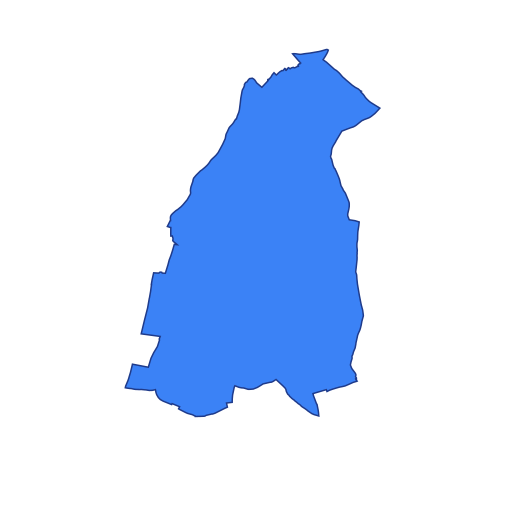 outline of Taureni, Mures, Romania, rotated 157°
{"feature_id": "2599482B94895366750216", "entity_name": "Taureni", "entity_type": "district", "adm_level": 2, "iso_a3": "ROU", "parent_name": "Romania", "parent_adm1": "Mures", "projection": "equal_earth", "projection_center": [24.072, 46.573], "detail": "fine", "context": "isolated", "style": "filled", "palette": "blue", "viewbox_px": 512, "rotation_deg": 157, "n_neighbors": 0, "source": "geoboundaries", "source_scale": "gbopen_adm2", "svg_char_len": 5979}
<svg xmlns="http://www.w3.org/2000/svg" viewBox="0 0 512 512"><g transform="rotate(157 256 256)"><path d="M214.2,397.0L215.7,395.0L218.5,392.2L220.5,389.8L221.3,389.9L224.8,387.4L226.2,386.6L229.5,385.2L230.7,384.5L234.2,381.3L235.3,380.4L236.1,379.6L236.6,378.9L237.7,377.2L238.5,376.0L243.1,371.8L249.4,366.8L250.4,366.0L251.7,365.3L253.6,364.3L256.2,363.3L258.2,362.6L260.1,361.8L263.3,359.7L265.5,358.6L268.5,357.5L272.5,356.3L273.8,356.1L279.0,354.0L280.1,353.5L283.0,352.0L284.5,350.3L284.5,349.9L288.9,345.0L290.1,343.2L290.9,341.6L291.4,339.9L291.7,339.3L292.3,338.5L294.7,336.7L297.3,334.7L303.2,331.7L305.8,330.6L307.2,330.2L309.5,329.5L312.2,329.0L315.8,327.8L317.7,327.0L319.0,326.0L319.6,325.2L320.2,323.8L320.8,322.0L321.1,322.1L326.1,317.8L323.7,315.7L323.3,315.5L325.9,309.5L326.5,307.9L326.6,307.6L325.2,307.1L325.4,306.1L325.5,304.7L326.1,303.5L326.5,303.0L326.6,302.4L325.8,300.4L324.9,298.9L324.1,297.2L326.7,298.6L331.0,293.3L334.3,289.5L337.4,286.3L340.4,282.4L346.2,275.5L349.0,276.9L349.1,277.4L349.1,277.8L350.0,278.4L350.6,278.6L351.2,278.6L352.1,278.2L356.8,280.5L360.8,274.9L363.5,270.7L363.3,270.6L367.0,264.4L370.5,259.0L370.7,258.8L376.1,250.5L383.8,240.4L392.1,229.2L375.6,219.4L377.6,217.3L377.6,216.4L382.1,211.2L387.9,207.0L392.6,202.9L398.6,195.7L412.0,204.7L412.7,203.7L417.1,197.8L419.6,194.8L420.9,193.2L422.5,191.4L426.8,187.2L427.8,185.8L426.8,185.1L424.0,183.4L422.6,182.7L420.5,181.2L419.2,180.4L415.0,178.4L414.0,178.1L410.9,176.4L409.7,175.8L406.7,173.9L406.4,173.8L404.1,172.9L402.7,172.6L400.8,172.3L401.4,169.5L401.6,167.2L401.2,163.9L400.2,161.3L398.2,158.7L391.7,152.2L390.9,152.9L385.2,147.1L387.0,145.6L386.7,145.1L382.0,139.5L381.0,138.4L380.4,137.8L378.5,136.3L376.7,134.9L375.7,133.8L375.1,133.0L374.5,132.4L374.6,132.0L369.3,129.9L366.4,128.8L365.4,128.6L364.2,128.8L358.3,127.8L357.8,127.5L356.4,127.4L355.2,127.3L343.9,128.0L341.4,128.0L340.6,132.2L335.1,130.6L333.6,133.9L331.8,137.3L327.4,143.6L326.1,144.8L322.9,141.7L321.0,140.4L318.9,139.3L315.4,136.4L313.8,135.7L310.5,134.6L306.1,134.5L302.5,135.0L299.4,135.5L292.6,134.3L290.9,133.8L289.1,133.9L285.8,134.5L282.0,126.0L280.8,123.0L280.7,122.2L280.6,121.4L280.8,120.7L281.0,119.3L280.8,116.5L280.6,116.0L280.3,115.4L280.0,114.8L279.9,113.8L279.3,112.5L278.7,111.0L277.7,109.2L277.3,108.8L277.2,108.3L276.5,106.8L275.9,105.9L274.7,103.4L274.1,102.6L273.3,101.2L273.0,100.1L272.3,98.9L270.6,96.4L269.5,94.6L268.7,93.0L266.2,89.1L264.4,87.2L263.0,86.1L260.7,84.2L259.6,87.6L259.0,89.9L257.8,95.6L258.0,96.0L258.0,97.6L257.8,101.8L257.7,104.8L257.3,107.1L243.5,105.5L243.6,103.5L240.8,103.7L237.6,103.5L233.7,103.1L230.5,102.7L227.2,102.0L224.8,101.6L220.8,101.6L215.9,101.7L212.4,101.3L211.8,101.3L212.3,103.3L212.3,104.1L211.5,104.4L211.4,104.1L211.2,104.6L211.5,105.8L211.5,106.1L211.3,106.4L210.8,107.0L210.5,107.4L210.4,108.3L210.4,109.0L210.5,109.7L211.7,114.6L211.8,115.8L211.7,118.8L209.9,121.4L207.7,124.0L207.4,124.6L206.8,126.3L205.4,127.5L203.7,129.7L200.7,132.6L198.7,135.6L197.9,137.0L194.1,142.3L193.9,142.7L193.5,143.2L192.1,144.7L189.3,147.3L188.1,148.7L187.5,149.5L186.1,151.4L184.0,154.6L180.6,158.9L180.4,159.4L179.9,161.1L179.8,161.4L179.0,164.4L178.9,165.0L178.8,165.6L178.8,165.8L178.4,168.5L178.3,169.5L178.1,170.4L178.0,171.0L176.3,179.1L175.6,182.1L173.6,190.5L172.0,195.7L171.0,198.5L170.7,199.5L170.6,200.6L170.5,202.2L170.2,202.9L168.4,206.0L164.3,213.4L163.5,215.2L163.0,216.6L162.4,217.9L162.3,218.0L161.7,219.2L161.7,219.5L160.6,221.5L159.5,225.1L158.4,227.7L157.8,228.8L156.9,230.1L156.2,231.2L155.5,232.7L154.3,235.4L153.0,238.1L152.5,239.0L149.5,243.8L147.7,247.0L151.0,249.8L156.0,252.9L155.9,256.1L155.9,257.0L155.3,258.5L155.2,258.8L152.1,263.1L150.8,265.2L149.8,267.5L149.4,268.8L149.3,270.0L149.2,277.9L149.2,279.0L149.9,282.4L149.9,284.0L150.2,286.5L150.3,287.5L149.6,291.7L149.4,292.7L149.2,294.3L149.1,297.1L149.1,298.7L149.1,303.1L149.2,303.7L149.2,305.6L149.3,305.8L149.6,306.1L149.6,306.5L149.6,308.5L149.5,310.0L148.6,315.3L148.6,315.8L148.7,316.4L148.7,316.5L148.8,316.8L148.7,317.0L148.6,317.9L148.4,318.7L148.2,318.9L146.9,320.5L145.0,324.0L143.7,325.7L142.1,327.1L140.9,328.0L138.2,329.9L137.1,330.9L128.2,337.4L124.3,337.3L119.0,337.1L116.0,336.8L113.8,337.0L112.4,337.3L105.7,339.2L104.1,339.2L103.4,339.3L98.9,339.1L97.7,339.1L96.8,339.2L94.9,339.6L90.7,340.8L88.6,341.7L84.2,343.7L88.3,349.5L88.8,350.2L89.7,351.5L89.9,351.7L91.3,354.0L92.6,357.0L93.4,359.3L93.8,361.6L93.9,361.9L94.2,363.0L95.5,366.3L95.4,366.5L94.7,366.6L95.6,367.7L96.5,369.7L98.7,372.4L100.7,375.6L104.4,383.0L105.1,384.6L106.3,387.0L107.0,389.2L107.4,390.6L107.8,391.5L107.9,392.0L108.0,392.2L109.5,395.4L109.8,395.7L110.9,397.3L115.4,406.9L116.7,409.0L117.6,410.5L114.4,412.6L112.4,414.1L110.8,415.4L109.8,416.4L109.0,417.3L109.8,418.3L110.6,418.6L111.4,418.7L115.6,419.2L118.1,419.6L127.4,421.8L132.1,423.2L135.9,424.1L137.4,424.8L140.7,426.8L142.4,427.6L143.3,427.8L140.8,419.9L139.5,416.2L140.0,416.1L140.4,415.8L140.5,415.9L141.3,416.0L141.9,415.7L142.1,415.6L142.3,415.6L142.5,415.5L142.6,415.3L142.8,415.1L142.9,414.9L142.7,414.3L142.7,414.1L142.8,414.0L143.0,414.0L143.7,414.4L143.9,414.4L144.1,414.4L144.4,414.2L145.0,414.2L146.6,414.1L147.1,414.2L147.6,414.7L147.8,414.7L147.9,414.8L148.0,415.1L148.8,415.2L150.0,415.3L151.5,415.0L152.4,416.6L153.0,416.5L153.5,416.4L153.9,416.1L154.1,415.7L154.3,415.6L155.0,415.9L155.6,415.1L155.8,415.1L156.0,415.3L156.1,415.7L155.9,416.9L156.0,417.2L156.2,417.4L156.7,417.2L157.5,416.7L158.5,416.2L158.8,416.1L159.0,416.2L159.7,416.6L159.9,416.6L160.7,416.4L161.3,416.4L161.9,416.3L164.3,415.5L165.4,415.0L166.6,414.7L167.8,417.7L170.2,416.5L172.3,414.9L175.1,413.6L175.3,413.8L175.8,413.9L176.3,413.7L176.5,413.3L176.3,412.7L184.7,409.0L187.7,415.0L188.3,418.3L188.9,419.7L189.9,421.1L192.6,421.8L193.9,421.3L196.5,419.7L197.7,419.8L199.6,418.5L200.2,417.2L201.7,415.7L203.5,414.3L204.4,413.2L208.2,407.4L210.8,402.8L214.2,397.0Z" fill="#3b82f6" stroke="#1e3a8a" stroke-width="1.5"/></g></svg>